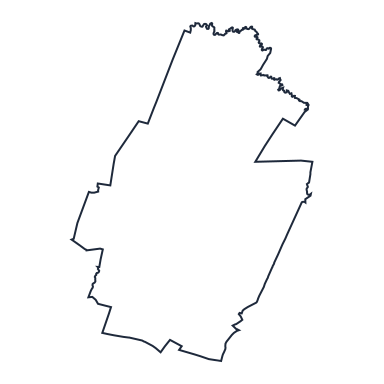 Ineu, Arad, Romania
{"feature_id": "2599482B55200534476626", "entity_name": "Ineu", "entity_type": "district", "adm_level": 2, "iso_a3": "ROU", "parent_name": "Romania", "parent_adm1": "Arad", "projection": "robinson", "projection_center": [21.871, 46.429], "detail": "fine", "context": "isolated", "style": "outline", "palette": "slate", "viewbox_px": 384, "rotation_deg": 0, "n_neighbors": 0, "source": "geoboundaries", "source_scale": "gbopen_adm2", "svg_char_len": 5750}
<svg xmlns="http://www.w3.org/2000/svg" viewBox="0 0 384 384"><path d="M221.1,361.0L222.4,356.0L222.9,354.4L224.0,352.2L225.3,349.2L225.5,347.7L225.3,346.1L225.4,344.8L225.5,343.6L226.5,341.7L227.7,340.2L231.8,335.0L233.9,332.9L236.9,330.9L238.9,330.2L237.0,329.2L236.4,329.2L232.7,325.6L235.1,324.4L236.2,324.1L240.7,321.1L242.3,319.8L240.7,316.4L238.8,314.1L239.6,312.9L241.7,313.4L242.7,310.6L244.3,309.2L247.8,307.0L256.3,302.6L256.8,302.0L257.3,300.9L257.9,299.3L258.0,298.8L259.3,295.7L263.8,287.0L264.8,283.9L267.0,279.2L267.8,277.8L268.2,276.4L272.0,267.8L272.5,266.9L272.6,266.3L274.1,263.6L274.2,262.7L278.1,254.4L282.5,244.3L285.3,238.7L287.2,234.3L301.6,202.7L301.9,202.2L302.6,201.9L303.8,201.8L304.4,201.8L305.4,202.5L305.3,199.2L310.5,195.7L310.9,193.8L309.7,194.7L309.0,194.8L307.8,194.5L307.4,194.2L307.2,193.7L307.0,192.8L307.1,192.0L306.6,189.7L306.6,189.1L306.7,188.6L307.8,187.1L307.8,186.4L307.4,185.7L306.9,184.1L307.5,183.7L307.8,183.3L308.9,182.7L309.1,182.2L310.4,174.2L310.4,172.3L312.4,161.8L301.0,160.6L255.3,161.8L264.7,146.2L272.5,134.2L282.9,118.7L295.0,125.6L304.6,112.0L306.8,110.3L304.9,109.7L305.4,108.9L308.0,108.7L307.9,107.5L308.2,105.5L305.7,104.7L308.3,104.5L307.3,102.9L303.9,102.8L302.0,101.5L301.2,101.1L299.9,101.1L299.0,100.5L299.4,99.6L297.0,98.3L296.0,98.0L294.9,97.9L294.7,97.3L294.9,95.9L294.0,95.8L292.3,96.8L291.8,96.4L291.8,95.0L291.4,93.3L289.9,93.9L289.3,93.0L288.3,90.8L286.8,90.4L286.7,92.3L285.2,92.7L284.3,92.0L284.1,90.7L283.1,90.3L282.7,89.2L283.1,87.7L280.5,88.7L280.3,89.6L279.1,90.4L278.6,90.4L278.2,89.7L279.3,88.7L279.5,87.2L280.2,85.6L281.3,85.6L282.4,85.1L282.2,84.4L280.9,84.2L278.7,82.8L279.0,81.9L279.9,80.9L280.6,80.0L280.2,79.3L279.9,78.1L278.6,78.6L278.1,79.4L277.1,79.7L276.1,79.2L274.3,79.8L274.0,79.5L274.2,78.8L274.2,78.2L273.4,78.2L272.7,78.7L271.8,78.7L271.5,78.2L271.2,77.5L271.2,76.7L270.8,76.6L269.2,77.9L268.5,77.9L267.3,76.3L267.6,75.8L267.5,75.3L264.5,75.5L263.7,75.0L263.3,75.3L262.1,75.1L261.0,75.5L260.4,74.6L260.6,73.5L259.8,73.5L258.8,73.5L258.4,74.7L257.5,74.8L256.8,74.3L257.7,73.6L257.6,72.0L260.6,69.3L260.9,68.8L263.1,64.8L266.9,58.9L267.3,57.5L267.6,56.2L267.9,55.7L270.2,53.0L271.1,48.8L271.0,48.3L270.6,47.9L269.8,47.8L269.5,47.9L268.9,48.7L268.6,48.7L268.0,48.3L267.5,48.2L267.1,48.3L266.8,48.5L266.5,48.9L266.3,49.6L266.1,49.9L265.7,50.0L265.2,50.0L264.4,49.7L264.0,49.7L263.7,49.8L262.5,50.5L262.0,50.3L261.8,50.0L261.8,49.5L261.9,49.1L262.8,47.7L262.9,47.4L262.8,47.0L262.4,46.7L261.6,46.5L260.1,46.7L259.9,46.6L259.8,46.4L259.9,46.0L260.3,45.4L261.1,45.0L261.8,44.6L261.9,44.3L261.9,44.0L261.9,43.8L261.3,43.4L259.7,43.4L259.0,43.1L258.7,42.6L258.8,42.1L259.3,41.4L259.4,40.9L259.3,40.3L258.6,39.7L258.1,39.5L256.7,39.3L256.5,39.0L256.6,38.7L257.3,37.9L257.5,37.6L257.4,37.1L257.1,36.9L255.3,36.8L254.9,36.7L254.7,36.4L254.7,36.0L255.2,35.3L255.8,35.1L257.8,34.6L258.1,34.4L258.1,34.2L258.0,33.8L257.0,32.8L256.7,32.1L256.2,31.6L255.3,31.0L254.9,29.9L254.7,29.6L253.1,29.2L251.9,28.6L251.8,28.3L252.2,27.4L252.2,27.0L252.1,26.7L251.8,26.6L251.2,26.7L250.7,26.9L250.4,27.2L249.3,28.7L248.6,29.1L247.4,29.0L246.8,28.7L246.5,28.4L246.3,27.3L246.0,27.0L245.7,26.9L245.3,27.0L245.1,27.2L245.0,28.5L244.7,28.7L244.4,28.7L244.0,28.6L243.5,28.1L243.2,28.0L242.9,28.2L242.9,28.5L243.1,29.2L243.1,29.5L242.7,29.8L241.7,29.9L240.9,30.8L239.6,31.4L239.4,32.0L239.5,32.6L239.3,32.9L239.0,33.0L238.7,32.9L238.1,32.3L237.1,32.0L236.9,31.8L236.9,31.6L237.5,30.9L238.1,30.5L238.3,30.1L238.2,29.7L237.8,29.4L237.1,29.4L236.2,29.7L235.5,30.1L235.1,31.0L234.8,31.3L234.4,31.7L233.9,31.8L233.1,31.7L232.7,31.1L232.5,30.6L232.5,29.7L232.8,28.2L232.8,27.7L232.5,27.5L232.2,27.4L231.6,27.6L229.9,28.9L228.9,29.4L228.9,29.7L229.7,30.5L229.8,30.8L229.6,30.9L228.8,31.2L228.1,31.3L227.6,31.2L226.6,30.6L226.2,30.6L226.1,30.8L226.0,31.4L226.5,32.8L226.5,33.3L226.1,33.5L225.1,33.8L224.7,34.5L224.2,34.8L223.9,35.3L223.7,35.4L222.1,35.1L220.9,34.5L220.6,34.5L219.4,34.6L218.7,34.6L218.1,34.1L218.0,33.1L217.8,33.0L217.5,32.9L216.7,33.1L216.2,33.5L215.6,34.4L215.3,34.7L214.9,34.9L214.5,34.9L213.9,34.7L213.7,34.4L213.5,33.8L213.8,32.5L214.5,31.0L214.2,30.0L214.4,29.4L214.3,29.0L214.4,27.7L214.2,27.3L212.4,26.2L212.1,25.8L211.9,25.1L212.1,24.4L212.2,23.5L211.7,23.0L210.9,23.3L210.2,23.7L209.9,24.6L208.9,26.2L208.8,27.7L208.7,28.5L208.3,28.9L207.6,28.9L207.1,28.9L206.3,27.5L206.1,27.0L206.0,26.4L207.0,25.4L206.4,24.3L205.9,24.0L205.3,23.9L204.7,23.9L203.9,24.2L202.4,26.7L201.6,26.7L201.2,26.6L200.2,26.0L199.3,24.0L198.7,23.4L198.1,23.3L196.6,23.5L196.1,23.4L195.7,23.2L195.4,23.1L195.2,25.4L194.7,26.0L194.2,26.4L193.4,26.4L192.6,25.7L192.1,25.5L191.3,25.6L191.0,25.5L191.0,25.2L190.3,26.5L190.8,28.1L190.8,30.1L190.2,32.6L184.5,30.5L172.7,59.5L156.3,102.0L153.9,107.9L147.8,123.6L138.7,121.2L127.4,137.9L115.1,155.9L113.7,163.6L110.3,185.4L97.8,183.5L97.4,186.6L98.8,187.5L98.1,190.2L98.2,191.6L94.1,192.7L91.5,192.7L88.9,191.9L77.4,223.0L73.7,238.8L71.6,239.6L79.4,245.1L84.7,249.0L85.6,249.5L86.4,249.8L86.5,250.4L100.1,248.6L102.8,249.4L100.6,259.4L99.3,267.0L97.6,266.9L98.3,267.6L97.9,269.0L99.2,270.8L99.0,271.6L98.5,272.4L97.6,272.9L96.8,273.0L96.2,273.8L96.3,274.6L96.2,275.0L95.6,275.4L94.9,276.5L94.8,277.0L95.1,277.4L95.3,278.4L95.3,279.0L95.2,279.7L95.4,281.1L95.3,281.6L94.6,282.6L92.9,283.7L92.6,284.1L92.5,285.3L92.9,286.3L92.9,286.7L92.7,287.7L92.0,288.6L91.4,289.7L90.6,291.4L88.4,297.3L92.3,296.9L95.7,299.8L98.0,303.8L105.0,305.6L111.0,307.1L109.0,313.4L102.3,332.9L107.3,334.0L114.0,335.3L123.5,336.9L128.3,337.5L129.0,337.5L142.1,340.5L144.1,341.6L144.9,341.8L152.6,345.9L155.7,348.1L160.6,352.3L164.8,346.4L170.0,339.9L181.7,346.2L179.1,349.9L194.5,354.4L200.3,356.2L208.8,359.1L221.1,361.0Z" fill="none" stroke="#1e293b" stroke-width="2"/></svg>